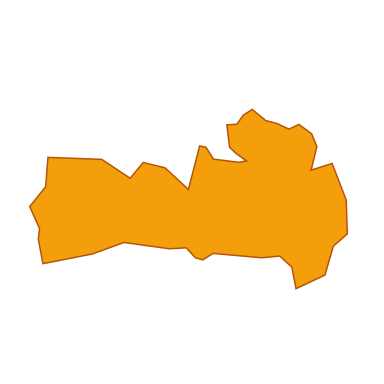 outline of Zinder, Zinder, Niger, rotated 97°
{"feature_id": "23599985B17840081467963", "entity_name": "Zinder", "entity_type": "district", "adm_level": 2, "iso_a3": "NER", "parent_name": "Niger", "parent_adm1": "Zinder", "projection": "natural_earth1", "projection_center": [8.977, 13.754], "detail": "fine", "context": "isolated", "style": "filled", "palette": "amber", "viewbox_px": 384, "rotation_deg": 97, "n_neighbors": 0, "source": "geoboundaries", "source_scale": "gbopen_adm2", "svg_char_len": 722}
<svg xmlns="http://www.w3.org/2000/svg" viewBox="0 0 384 384"><g transform="rotate(97 192 192)"><path d="M121.1,165.6L143.1,160.1L148.4,152.9L154.5,141.7L156.8,148.9L156.8,174.6L145.8,183.7L145.4,190.0L189.9,195.9L171.3,221.7L168.7,244.0L185.9,255.1L178.3,270.2L170.6,285.6L175.2,339.2L204.6,337.9L226.3,351.3L247.0,338.8L257.6,338.8L281.3,331.2L265.7,283.4L250.4,253.4L251.1,207.4L248.1,190.9L256.9,180.6L258.0,173.0L250.4,163.6L248.8,114.9L244.9,97.0L254.5,83.7L275.3,77.0L258.2,49.9L228.5,45.1L214.7,32.7L181.0,38.0L146.6,56.4L155.8,76.4L131.7,73.6L119.6,80.4L111.9,94.1L117.8,103.6L113.7,115.7L112.1,127.5L102.7,142.3L109.4,150.4L119.3,155.7L121.1,165.6Z" fill="#f59e0b" stroke="#b45309" stroke-width="1.5"/></g></svg>